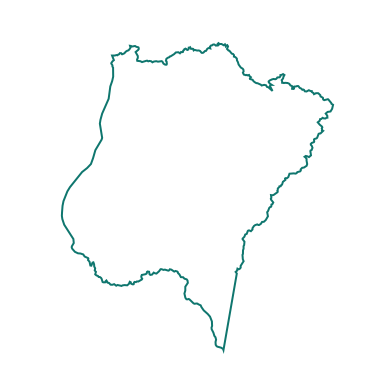 outline of Los Lagos, Neuquén, Argentina, rotated 99°
{"feature_id": "61730980B98633333764723", "entity_name": "Los Lagos", "entity_type": "district", "adm_level": 2, "iso_a3": "ARG", "parent_name": "Argentina", "parent_adm1": "Neuquén", "projection": "albers", "projection_center": [-71.671, -40.754], "detail": "fine", "context": "isolated", "style": "outline", "palette": "teal", "viewbox_px": 384, "rotation_deg": 99, "n_neighbors": 0, "source": "geoboundaries", "source_scale": "gbopen_adm2", "svg_char_len": 5849}
<svg xmlns="http://www.w3.org/2000/svg" viewBox="0 0 384 384"><g transform="rotate(99 192 192)"><path d="M111.2,72.1L110.9,73.3L109.8,73.2L108.8,73.8L107.7,73.4L107.0,73.9L105.5,76.4L103.5,78.7L101.6,77.0L100.0,76.9L99.7,75.8L98.3,74.6L98.7,73.4L98.5,71.6L97.6,70.8L97.4,69.9L95.5,70.3L93.6,72.2L91.7,70.6L90.8,67.8L87.9,66.6L83.8,66.3L83.1,68.0L82.3,68.4L79.2,71.9L79.1,72.3L80.6,75.8L80.1,76.9L78.4,77.5L77.5,80.0L76.3,80.4L74.7,82.7L75.0,85.0L76.3,86.8L75.3,87.5L74.5,89.2L73.6,89.5L73.8,90.5L73.2,92.5L74.8,94.6L74.9,96.3L73.6,97.4L73.4,98.2L73.8,99.0L72.8,100.2L72.3,101.9L70.8,103.5L70.9,104.7L71.6,106.1L71.8,107.4L72.3,107.8L73.9,107.4L74.4,108.0L74.4,109.3L72.0,109.4L71.6,110.1L71.4,111.4L69.9,112.8L69.4,114.6L69.6,117.2L70.0,118.2L70.0,120.1L68.8,120.2L67.5,120.9L65.6,119.8L63.9,119.7L62.0,119.0L61.3,120.5L62.2,121.6L62.7,123.0L63.9,122.8L65.0,123.4L65.5,125.6L67.0,126.4L67.6,127.4L67.6,129.1L68.2,130.5L69.7,132.7L70.8,133.6L71.7,133.3L72.9,131.8L73.7,130.0L73.9,131.2L75.1,131.6L79.6,128.3L76.6,133.0L76.5,134.3L75.0,135.6L74.9,137.5L75.9,139.9L75.3,140.7L74.3,144.3L74.4,145.3L74.1,146.4L73.0,148.5L71.7,149.7L71.3,152.4L70.8,152.6L69.4,151.8L68.3,153.6L67.5,154.0L68.1,155.4L67.8,156.2L68.2,157.0L67.9,159.2L66.2,160.4L64.8,159.9L63.1,160.4L62.3,161.2L61.4,163.3L58.8,165.9L56.5,167.0L54.9,168.2L53.2,168.6L52.0,170.2L51.7,171.8L50.3,171.9L49.3,173.0L49.1,174.4L46.6,177.2L46.6,178.0L45.2,179.8L42.5,179.2L41.4,180.2L42.0,181.1L42.8,181.5L41.0,182.6L42.1,183.7L41.2,186.0L41.5,188.1L40.8,189.1L41.5,189.7L42.6,188.8L43.3,189.4L43.0,190.3L43.5,190.7L43.7,191.3L42.9,192.7L42.8,193.4L43.3,194.6L44.0,195.1L44.4,196.2L45.7,197.0L47.3,196.4L47.1,197.7L47.4,198.4L48.2,199.3L50.4,200.2L50.7,201.2L52.6,202.6L53.0,203.6L53.0,204.3L51.5,206.0L51.2,207.0L51.2,207.9L51.5,209.0L51.2,211.7L51.9,212.5L50.5,213.3L50.4,213.7L50.8,215.3L49.3,216.5L50.0,217.2L50.0,217.8L51.7,217.8L52.4,218.6L52.2,219.7L51.7,220.0L51.4,220.9L52.3,222.0L53.2,222.2L53.7,222.8L55.0,222.8L55.5,223.8L55.4,224.7L56.9,225.6L56.1,227.3L56.7,229.8L58.6,231.2L61.3,234.3L61.7,235.2L62.4,235.5L63.2,236.9L64.4,238.1L66.5,238.3L67.1,237.5L69.3,236.9L70.1,237.0L70.4,237.5L70.3,238.9L69.6,240.3L67.9,241.6L67.5,242.4L68.6,246.0L68.4,247.8L69.1,250.0L70.1,251.4L69.3,252.6L69.2,254.5L69.8,255.7L69.3,256.8L69.5,257.5L71.5,261.7L70.9,263.4L71.0,266.6L69.8,267.0L68.0,266.5L66.2,266.8L62.6,269.6L60.1,267.4L59.3,267.0L58.2,267.1L57.5,267.6L57.3,269.7L56.7,271.1L57.7,274.0L57.3,275.1L57.3,276.1L59.0,275.3L60.6,276.0L62.0,276.9L62.7,278.2L63.8,279.4L65.6,280.5L66.9,282.5L66.9,282.8L66.0,283.6L66.1,284.9L67.4,285.6L67.8,286.4L68.6,287.0L68.5,287.8L69.3,289.7L69.7,292.3L74.0,289.8L75.4,291.0L77.4,291.9L77.8,291.8L79.3,290.4L80.6,290.2L81.5,289.4L90.4,287.9L94.9,288.2L100.5,289.2L113.0,288.9L128.6,293.0L135.0,293.7L138.9,293.7L152.6,289.2L154.5,289.5L165.8,294.0L174.0,295.0L180.2,296.2L184.7,299.3L189.5,303.7L206.3,313.3L210.9,315.2L221.1,317.5L225.9,317.7L232.2,317.2L235.9,316.8L239.1,315.8L244.3,313.1L257.0,301.8L260.9,300.8L264.5,302.2L265.7,302.1L266.8,301.4L269.4,298.3L270.4,295.0L270.2,292.5L270.7,289.6L272.5,288.0L273.6,284.2L274.1,283.9L275.4,284.1L276.9,282.3L280.5,280.9L280.5,279.9L277.3,279.2L276.9,278.4L278.7,277.4L280.9,276.9L282.5,275.7L284.7,275.8L285.9,274.4L288.5,274.7L289.3,273.4L289.7,271.7L290.5,270.9L290.4,269.7L291.0,268.5L291.7,267.8L294.9,266.2L295.1,265.4L294.7,263.3L293.7,263.4L292.8,262.7L294.8,260.9L294.9,259.6L296.1,258.2L296.3,257.5L296.0,255.9L295.2,254.5L296.4,252.2L295.5,251.0L295.8,246.9L295.1,246.0L294.5,244.1L294.3,241.4L292.7,240.0L290.4,239.4L290.8,238.3L291.6,238.2L292.1,237.7L292.5,236.3L292.4,235.6L292.2,235.2L290.4,235.1L289.8,234.6L289.8,233.3L289.0,232.5L288.8,231.0L286.3,227.9L285.5,227.6L284.7,228.4L283.2,228.9L281.8,228.6L280.4,224.9L279.5,224.0L278.1,224.0L277.5,223.5L277.5,221.9L279.8,221.1L280.4,220.2L279.8,218.5L277.6,217.2L278.1,215.7L278.1,214.3L275.4,212.1L273.2,211.0L273.0,210.0L273.4,208.0L272.9,206.6L273.4,203.1L273.0,202.4L271.8,201.8L271.9,200.3L273.4,197.1L272.6,196.0L272.8,194.3L273.2,193.6L274.4,193.0L275.3,191.6L277.8,189.7L277.6,187.4L278.8,185.9L279.1,183.6L280.1,182.6L282.4,181.9L286.6,183.8L290.4,183.2L293.5,183.6L297.5,182.0L298.8,180.7L298.7,179.5L298.2,178.6L298.4,177.8L301.7,173.1L302.0,172.1L301.4,170.0L301.4,169.0L301.8,168.5L302.6,165.7L304.3,164.6L307.1,161.9L310.0,157.4L312.3,154.7L316.7,152.1L321.1,151.2L322.9,151.5L324.5,151.1L327.5,148.9L330.6,147.4L331.8,146.1L334.1,145.1L336.5,145.3L339.2,144.7L340.5,143.5L340.8,142.6L341.2,139.0L342.1,136.8L343.2,136.2L265.5,135.0L264.1,136.4L262.8,135.3L260.6,135.1L261.1,133.8L260.0,132.5L259.0,132.1L257.3,132.4L252.3,130.2L250.4,131.3L246.2,132.3L245.2,132.0L241.5,132.5L240.0,132.2L237.4,132.6L236.3,132.2L232.9,132.4L230.6,134.7L230.1,134.7L227.9,133.2L225.7,132.8L224.8,131.4L221.8,130.8L221.2,130.3L221.0,129.5L221.5,127.7L219.6,126.4L218.3,126.6L215.9,125.5L214.8,124.4L213.8,122.5L214.2,121.3L214.1,120.6L212.8,119.1L210.6,118.1L210.2,116.4L208.2,114.8L204.1,113.2L200.2,114.6L198.9,113.9L195.6,113.2L194.5,112.3L194.3,111.7L193.5,111.4L192.0,111.6L191.4,110.7L189.6,110.1L187.1,112.8L186.2,113.1L185.4,112.7L182.7,113.5L182.7,112.2L182.1,110.9L178.8,107.5L178.2,107.4L177.4,107.9L176.8,107.6L175.1,107.8L173.3,106.5L172.7,106.5L172.4,105.3L171.3,105.0L170.6,104.2L167.7,103.8L165.5,101.7L164.1,102.2L163.7,101.8L163.6,100.5L162.2,99.2L158.7,98.6L157.7,94.5L157.6,92.4L156.7,91.4L155.9,91.1L154.7,88.4L153.8,87.9L152.7,88.2L150.9,87.0L150.3,85.2L148.2,82.9L146.4,82.6L143.0,83.8L141.4,84.0L140.2,85.2L139.6,86.3L138.6,85.3L138.7,83.8L139.2,81.9L137.2,80.2L133.1,81.5L132.5,81.4L131.8,80.4L129.5,79.9L127.7,80.9L126.8,82.0L126.0,82.2L124.8,81.4L123.7,79.4L123.1,79.2L121.1,79.7L120.5,79.4L119.6,77.5L118.9,76.9L114.7,76.0L114.2,75.1L114.1,74.3L111.2,72.1Z" fill="none" stroke="#0f766e" stroke-width="2"/></g></svg>